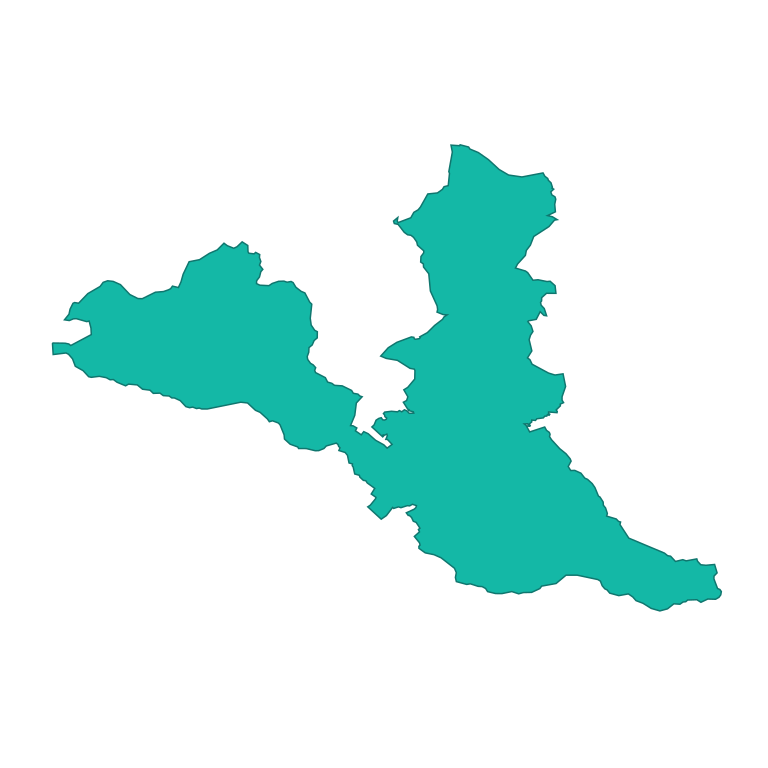 Cuzaplac, Salaj, Romania (Natural Earth projection), rotated 178°
{"feature_id": "2599482B68885954043244", "entity_name": "Cuzaplac", "entity_type": "district", "adm_level": 2, "iso_a3": "ROU", "parent_name": "Romania", "parent_adm1": "Salaj", "projection": "natural_earth1", "projection_center": [23.229, 46.944], "detail": "fine", "context": "isolated", "style": "filled", "palette": "teal", "viewbox_px": 768, "rotation_deg": 178, "n_neighbors": 0, "source": "geoboundaries", "source_scale": "gbopen_adm2", "svg_char_len": 6135}
<svg xmlns="http://www.w3.org/2000/svg" viewBox="0 0 768 768"><g transform="rotate(178 384 384)"><path d="M299.6,620.4L300.1,619.5L308.7,620.4L307.6,613.4L311.8,594.0L311.2,592.2L312.9,580.0L317.1,579.1L318.8,576.5L323.9,573.1L333.6,572.4L341.4,559.6L343.8,556.9L348.2,554.5L351.4,549.2L364.3,544.8L365.1,546.4L364.4,549.9L368.8,546.5L368.1,544.0L364.3,543.0L358.5,534.9L355.2,532.3L351.9,531.7L349.3,529.5L346.3,524.8L345.7,521.5L339.6,515.7L339.8,513.6L342.6,510.1L343.1,504.6L340.5,502.7L340.4,499.5L335.4,492.6L334.4,475.3L328.2,460.3L327.8,456.6L328.5,454.0L322.4,451.3L318.5,450.9L321.7,448.9L323.2,446.6L331.3,440.8L338.9,433.8L346.6,429.9L346.1,429.1L347.2,428.1L350.9,427.6L352.1,428.1L352.5,429.6L355.0,430.1L369.7,425.2L378.5,420.1L386.3,412.0L380.9,409.5L369.8,407.2L357.4,398.7L353.2,397.8L352.6,396.4L353.1,387.9L360.4,379.8L364.4,377.5L360.6,370.4L362.0,366.7L365.3,365.1L361.2,358.1L359.8,357.3L360.4,356.6L355.6,355.2L355.3,353.8L359.8,353.8L362.2,356.4L364.5,357.5L367.2,355.6L369.6,356.9L371.4,355.7L377.5,356.5L384.3,355.9L385.6,354.4L384.6,353.3L384.2,351.3L382.5,349.9L382.9,348.7L384.8,347.9L386.6,348.3L387.9,350.4L390.4,349.8L393.2,348.1L395.3,343.5L397.6,341.5L387.1,331.2L386.3,332.0L387.1,332.6L386.6,333.2L385.4,332.8L382.9,333.8L382.5,332.1L384.1,328.6L382.6,328.5L378.0,323.4L383.1,319.8L386.3,323.2L394.3,328.0L401.6,334.9L405.9,337.1L408.5,334.0L414.2,338.2L412.7,341.0L416.4,343.3L418.9,343.6L414.3,353.7L412.3,366.0L406.3,372.0L408.6,372.9L410.4,374.8L415.0,375.8L416.6,378.7L425.8,383.6L433.5,384.4L436.1,386.5L440.3,387.9L442.4,392.4L452.0,397.8L452.8,400.1L451.7,402.7L454.1,405.6L456.7,407.2L459.4,411.2L459.8,414.1L458.1,418.3L457.7,423.0L454.4,425.5L452.3,429.9L449.1,432.4L448.8,438.6L451.4,440.1L454.7,445.4L455.4,452.2L453.4,466.3L455.4,468.4L459.9,477.8L463.6,479.5L468.7,483.8L471.3,488.5L473.3,489.7L477.3,489.1L480.4,490.3L485.8,490.3L492.2,488.4L495.6,486.3L504.7,487.1L507.9,488.8L507.7,491.6L504.7,495.3L503.2,500.5L501.1,502.8L504.3,507.2L502.8,510.7L504.1,514.8L503.7,517.7L507.7,520.0L509.3,518.6L514.5,519.4L515.3,520.9L515.3,527.2L520.8,531.0L526.1,526.3L529.4,524.9L535.8,527.7L539.0,530.3L546.0,523.8L553.9,520.7L564.0,514.7L574.5,513.0L580.9,500.7L583.3,493.2L586.1,487.6L592.0,489.2L593.9,486.7L596.0,485.7L601.1,484.1L609.3,483.7L622.6,477.7L627.0,478.0L634.9,482.3L643.9,492.5L651.1,496.0L656.6,496.8L661.1,495.4L664.3,491.4L676.8,484.7L686.4,475.4L690.4,476.2L692.0,475.5L695.1,469.8L696.4,464.7L701.1,459.3L696.3,458.4L692.0,460.0L689.1,460.0L678.9,456.7L676.5,457.2L674.9,450.1L674.8,443.6L695.7,433.4L697.6,435.0L701.3,435.9L713.4,436.5L713.9,435.9L713.6,425.0L700.7,426.1L698.2,424.7L694.4,420.0L691.9,412.5L684.2,407.8L678.9,401.6L676.3,400.9L668.2,401.6L661.3,400.0L657.6,397.8L654.3,397.9L650.8,395.1L642.3,391.2L639.3,392.8L630.6,391.7L625.5,387.2L618.1,386.0L614.9,382.7L608.2,382.7L605.0,380.1L599.1,379.5L596.6,377.5L594.0,377.4L588.2,374.5L582.8,368.3L579.1,367.1L576.0,367.6L572.2,366.0L569.5,366.4L567.0,365.4L561.5,365.2L527.8,370.8L521.0,369.8L513.4,362.2L508.8,360.0L501.7,353.1L499.9,350.3L496.7,351.1L490.9,348.7L489.3,346.8L485.6,336.7L485.4,332.5L479.9,327.1L472.4,324.1L471.6,322.5L464.0,322.2L455.0,319.7L451.5,319.7L446.3,321.6L443.8,324.1L433.8,326.6L432.1,325.2L431.5,323.2L430.2,321.8L431.4,319.1L425.2,316.9L423.0,314.0L421.7,306.3L418.3,305.2L418.6,303.5L417.7,302.1L416.4,295.1L411.8,293.6L411.4,291.8L408.0,288.4L405.6,288.0L404.2,285.7L396.9,280.0L400.6,274.5L396.0,271.0L396.4,269.7L401.9,263.4L404.5,261.8L391.5,249.0L386.2,252.4L379.7,260.3L378.7,259.3L373.8,260.7L371.4,259.8L365.0,261.6L362.6,261.3L359.8,262.8L355.8,261.3L356.4,259.4L358.1,257.9L366.2,254.5L364.4,251.8L363.3,251.8L361.1,249.6L359.5,245.8L356.7,244.6L353.1,238.6L354.7,237.4L353.7,235.0L359.0,230.6L354.1,224.1L353.6,221.7L354.8,220.6L354.8,218.5L348.7,213.8L340.0,211.7L333.0,208.3L320.0,197.4L318.3,192.9L319.4,188.2L318.6,184.0L308.3,180.8L304.7,181.3L297.0,178.5L293.0,178.1L289.6,176.1L287.7,172.9L279.9,170.7L273.5,170.4L263.5,172.1L256.7,169.6L252.1,170.7L243.7,170.6L235.4,174.1L233.5,176.5L219.0,178.6L208.7,186.6L197.6,186.2L177.1,181.1L174.6,179.4L173.0,174.8L170.5,171.6L168.3,170.5L165.7,167.1L156.7,164.3L147.1,165.7L142.8,162.5L139.7,158.7L132.8,155.8L124.8,150.4L116.2,147.6L108.5,149.4L102.0,154.2L95.9,153.6L92.7,155.7L90.0,155.9L88.1,157.5L78.9,157.5L74.9,154.8L67.9,157.8L60.1,157.3L56.7,159.1L54.8,161.5L54.1,164.8L55.5,166.9L57.8,168.0L61.1,177.8L60.9,180.5L57.7,183.6L59.9,192.1L68.6,191.6L73.7,192.3L76.8,195.9L77.5,198.3L88.2,196.7L91.5,198.0L98.9,196.5L103.6,201.9L106.5,202.5L109.6,205.2L144.7,221.4L153.1,235.3L152.4,237.8L154.4,238.5L156.6,241.0L166.1,244.2L165.3,246.8L166.9,252.4L169.0,255.2L169.1,258.4L172.1,263.5L173.6,264.5L176.8,273.1L179.4,277.2L183.9,281.6L186.6,282.9L190.3,288.0L196.4,291.0L200.4,291.0L202.8,295.1L199.7,300.4L200.6,302.8L204.5,307.9L210.6,313.2L218.4,322.3L220.4,325.6L219.8,328.0L220.5,329.9L223.2,332.0L224.9,335.4L240.1,331.0L243.4,337.6L245.2,339.2L241.9,339.3L241.3,338.7L241.7,336.9L239.8,336.7L239.3,337.2L240.2,339.0L237.7,340.9L237.6,342.8L233.9,342.3L232.5,343.9L225.9,344.6L224.5,346.2L222.4,346.3L221.8,347.6L220.1,347.0L219.4,348.0L220.6,348.8L220.5,350.3L212.1,349.3L211.8,350.4L212.8,352.1L208.5,356.0L208.6,357.7L205.2,359.1L206.6,361.6L206.5,365.0L202.6,375.2L204.7,387.9L212.8,387.0L219.2,389.2L235.3,398.6L237.3,403.2L239.7,405.1L235.1,411.9L237.4,423.2L235.9,427.6L233.3,431.3L234.9,437.0L238.1,441.3L237.4,442.1L229.6,443.3L225.4,450.8L221.8,447.0L219.1,446.5L221.2,453.8L224.2,457.3L224.7,460.1L223.6,461.5L223.4,464.8L218.4,469.0L209.0,468.6L209.6,476.3L214.4,480.9L217.5,480.7L226.4,482.8L231.5,482.5L236.5,490.3L238.7,492.0L248.6,495.3L246.3,499.3L238.2,507.6L237.1,512.5L232.9,517.6L229.2,526.2L213.6,535.6L207.9,541.8L205.2,542.2L209.9,545.3L214.7,546.6L206.7,550.1L207.1,557.6L205.9,562.7L206.6,565.1L209.6,567.1L210.6,570.2L207.6,572.8L209.3,573.9L208.8,574.7L210.1,579.3L212.6,581.8L213.2,583.7L216.0,586.0L217.7,589.4L238.9,586.1L252.2,588.5L261.5,594.4L271.7,604.5L281.6,612.0L289.9,615.8L291.2,617.9L299.6,620.4Z" fill="#14b8a6" stroke="#0f766e" stroke-width="1.5"/></g></svg>